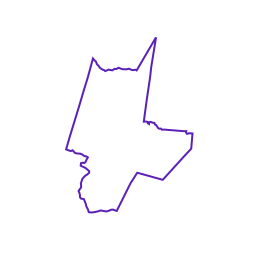 Santa Cruz, Rio Grande do Norte, Brazil (Mercator projection), rotated 210°
{"feature_id": "56859067B931800959564", "entity_name": "Santa Cruz", "entity_type": "district", "adm_level": 2, "iso_a3": "BRA", "parent_name": "Brazil", "parent_adm1": "Rio Grande do Norte", "projection": "mercator", "projection_center": [-35.999, -6.27], "detail": "fine", "context": "isolated", "style": "outline", "palette": "violet", "viewbox_px": 256, "rotation_deg": 210, "n_neighbors": 0, "source": "geoboundaries", "source_scale": "gbopen_adm2", "svg_char_len": 1517}
<svg xmlns="http://www.w3.org/2000/svg" viewBox="0 0 256 256"><g transform="rotate(210 128 128)"><path d="M62.9,141.7L69.4,155.5L72.5,154.0L74.0,152.4L75.4,153.1L76.0,154.4L78.0,153.2L96.1,144.6L97.8,143.5L99.3,143.9L100.6,143.0L102.2,143.1L103.6,143.9L105.1,144.6L106.4,144.5L107.7,145.6L109.5,144.8L111.4,144.7L112.5,143.5L111.8,142.0L113.2,142.0L113.9,143.1L115.9,142.5L117.5,141.4L126.2,162.6L134.4,183.4L138.4,192.5L147.8,217.3L149.1,220.5L149.2,200.1L149.3,182.2L150.7,182.2L152.3,180.8L153.6,180.2L156.9,179.8L158.6,178.1L161.9,176.3L163.3,175.9L166.4,175.4L167.6,173.2L169.3,172.4L170.3,170.2L172.2,169.4L174.1,168.8L175.1,167.3L176.2,165.9L177.7,166.2L179.2,165.8L182.5,166.1L185.0,167.3L186.8,167.7L189.0,169.5L190.6,169.8L193.1,170.7L188.1,151.7L185.1,138.5L181.8,124.9L174.0,91.0L170.9,78.5L167.5,79.1L166.0,79.4L164.9,81.0L161.4,79.9L159.5,80.4L156.5,81.9L154.5,82.2L152.2,81.9L149.5,82.6L148.1,82.5L148.1,80.1L147.8,77.1L148.3,75.8L150.1,75.2L151.1,74.2L150.2,71.8L148.5,71.8L146.7,72.0L144.6,72.1L142.1,71.6L140.1,71.3L139.3,70.0L140.0,67.4L141.1,65.5L141.9,62.3L142.0,60.8L141.1,56.4L140.0,55.0L138.9,53.0L139.2,50.6L139.3,48.7L137.5,47.4L136.1,45.9L135.1,44.1L133.4,43.4L130.6,44.3L127.0,41.5L125.6,40.1L124.7,39.1L122.9,38.1L121.7,37.2L119.9,35.5L117.1,36.7L114.6,38.7L113.0,40.2L111.5,41.7L110.7,42.8L105.0,44.9L103.1,46.8L101.9,48.6L100.3,49.8L96.3,50.5L96.8,58.8L98.0,78.5L98.2,81.1L97.6,93.9L72.0,100.5L68.8,115.2L65.3,131.3L62.9,141.7Z" fill="none" stroke="#5b21b6" stroke-width="2"/></g></svg>